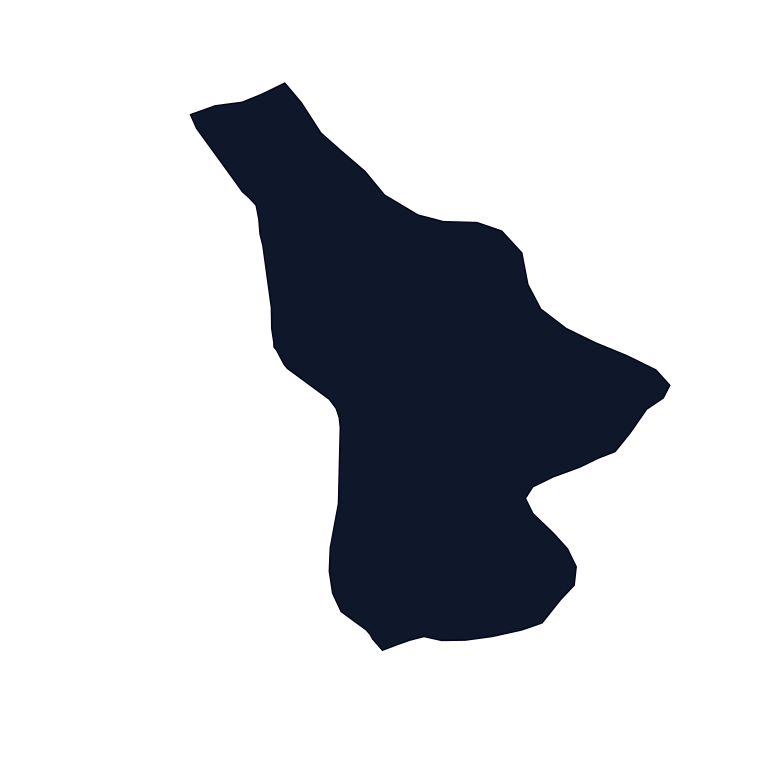 the Region of Brazzaville, rotated 109°
{"feature_id": "COG-4855", "entity_name": "Brazzaville", "entity_type": "Region", "adm_level": 1, "iso_a3": "COG", "parent_name": "Republic of the Congo", "parent_adm1": "", "projection": "orthographic", "projection_center": [15.461, -3.984], "detail": "fine", "context": "isolated", "style": "filled", "palette": "ink", "viewbox_px": 768, "rotation_deg": 109, "n_neighbors": 0, "source": "natural_earth", "source_scale": "10m", "svg_char_len": 1083}
<svg xmlns="http://www.w3.org/2000/svg" viewBox="0 0 768 768"><g transform="rotate(109 384 384)"><path d="M636.2,298.8L628.8,311.7L625.2,315.6L622.3,320.7L613.1,350.4L601.0,362.1L598.4,364.5L578.9,374.7L556.6,381.4L534.1,384.8L511.9,388.1L439.2,411.2L430.3,415.4L422.6,421.3L416.2,430.8L400.7,480.4L398.0,484.8L386.9,496.6L384.9,500.0L380.5,501.7L368.1,508.2L348.5,515.3L292.5,543.6L282.6,550.0L268.9,556.0L256.6,563.1L251.3,573.1L248.6,579.9L229.8,606.6L203.3,644.4L192.3,654.6L175.9,634.1L163.9,610.0L149.9,593.9L131.8,575.8L145.1,553.6L167.2,525.5L177.2,501.4L189.2,471.2L205.2,445.1L213.2,406.9L211.2,380.8L201.1,348.6L201.1,322.5L215.2,296.4L243.2,280.3L262.2,260.1L272.2,230.0L276.2,197.8L278.2,163.7L282.2,131.5L292.2,113.4L306.2,115.4L322.3,127.5L350.5,135.5L372.6,143.5L384.6,157.6L398.7,171.7L416.7,193.8L432.8,209.9L446.1,213.1L458.1,201.0L470.2,174.9L480.2,156.8L494.2,142.8L512.3,138.7L530.3,146.8L558.4,156.8L571.6,173.6L587.6,199.7L599.7,223.8L607.7,246.0L609.7,264.0L617.7,276.1L625.7,286.2L636.2,298.8Z" fill="#0f172a" stroke="#020617" stroke-width="1.5"/></g></svg>